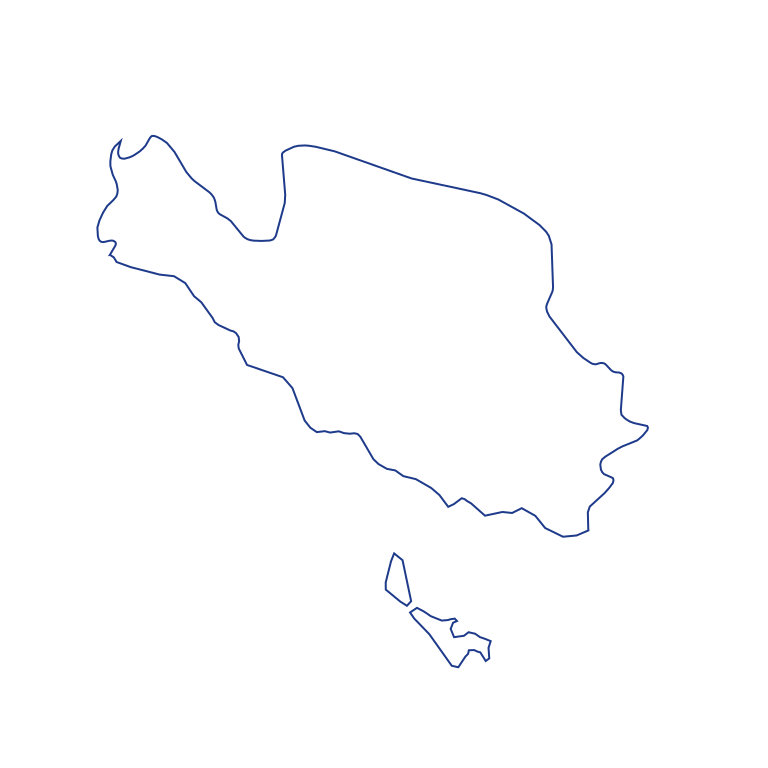 an SVG outline of Sfax, rotated 78°
{"feature_id": "TUN-114", "entity_name": "Sfax", "entity_type": "Governorate", "adm_level": 1, "iso_a3": "TUN", "parent_name": "Tunisia", "parent_adm1": "", "projection": "albers", "projection_center": [10.434, 34.714], "detail": "fine", "context": "isolated", "style": "outline", "palette": "blue", "viewbox_px": 768, "rotation_deg": 78, "n_neighbors": 0, "source": "natural_earth", "source_scale": "10m", "svg_char_len": 3301}
<svg xmlns="http://www.w3.org/2000/svg" viewBox="0 0 768 768"><g transform="rotate(78 384 384)"><path d="M569.7,214.5L572.2,227.2L570.6,240.7L558.4,256.3L544.4,263.4L534.1,275.1L536.8,285.5L533.8,294.8L533.8,312.6L518.9,323.6L515.7,327.1L513.4,329.1L511.9,331.7L516.0,340.6L517.5,346.7L504.1,352.9L495.5,359.5L483.7,372.6L478.1,384.3L470.9,390.9L467.6,398.8L461.2,406.0L455.3,410.0L430.7,418.1L427.4,420.2L426.0,423.3L425.5,427.9L423.7,433.4L420.9,438.0L420.3,446.8L417.8,451.8L417.1,459.7L411.5,465.1L403.3,469.2L369.0,474.4L356.4,481.4L336.9,514.0L319.1,518.7L315.4,518.4L312.0,516.8L307.9,516.4L303.5,518.1L301.2,520.3L299.8,523.1L291.9,533.6L288.4,536.7L283.6,538.0L266.1,545.7L258.7,551.5L244.0,557.4L234.9,567.0L230.3,580.8L217.0,607.5L209.1,620.2L203.9,622.0L200.7,625.2L200.7,625.3L192.8,618.0L191.6,617.3L190.6,617.1L189.2,617.3L187.6,619.0L187.0,620.8L186.8,622.9L186.9,628.1L186.7,629.7L186.0,631.2L184.6,632.4L182.6,633.0L179.7,633.1L171.3,631.8L164.8,628.3L158.0,623.2L152.3,617.7L147.8,610.5L144.9,606.8L142.2,605.2L138.9,604.1L132.7,603.9L129.5,604.3L123.0,605.8L114.8,606.3L113.2,606.2L108.7,605.2L102.5,603.0L99.0,601.1L95.8,598.0L91.5,590.9L98.7,594.7L101.7,595.8L103.2,596.1L104.7,596.1L106.2,595.8L107.8,595.2L109.0,593.4L109.7,590.9L109.4,586.1L108.9,583.3L108.2,580.8L105.7,574.6L103.7,571.1L101.3,567.7L95.2,562.3L93.9,560.9L93.1,559.3L93.6,557.2L95.0,554.7L98.5,550.5L103.1,546.2L113.4,540.7L135.5,533.3L142.8,529.5L146.2,527.1L160.1,515.0L162.5,513.4L165.4,512.0L167.1,511.5L170.5,511.1L178.8,511.4L180.5,511.1L182.4,510.4L184.0,509.1L189.5,502.7L192.9,499.9L210.5,490.8L212.0,489.6L213.4,488.1L214.5,486.6L215.6,484.5L216.7,481.6L218.6,474.0L219.9,466.0L219.8,464.2L219.5,462.3L217.7,460.0L216.1,458.7L186.4,443.5L178.5,441.3L138.8,436.2L137.5,435.7L136.5,434.6L135.9,433.2L135.2,431.6L133.2,422.6L133.2,418.1L134.2,411.8L135.3,408.0L137.8,401.4L146.2,383.8L188.7,314.3L217.4,250.1L220.4,244.5L227.3,233.8L246.4,211.7L260.9,198.8L268.7,193.8L273.2,192.0L282.3,191.1L324.3,198.5L327.3,199.4L329.1,200.4L339.3,207.7L342.3,209.3L344.5,209.5L347.3,209.4L352.4,208.1L392.9,188.8L400.0,183.6L406.2,177.6L407.5,176.0L408.2,174.5L408.6,173.5L408.8,172.5L408.5,169.5L408.5,167.8L408.8,166.1L409.5,164.6L410.6,163.3L417.4,159.2L419.0,157.9L420.0,156.4L420.8,154.8L421.6,151.8L422.4,150.4L423.4,149.2L424.8,148.6L426.4,148.3L458.9,157.8L463.5,158.1L467.1,155.9L468.8,154.5L470.4,152.9L471.9,151.2L474.2,147.6L479.8,135.3L481.5,134.9L483.8,136.0L488.2,141.5L490.4,145.3L491.8,148.1L494.6,163.9L496.0,168.9L501.0,182.4L502.9,186.1L505.0,187.9L507.8,189.2L512.9,189.6L515.8,188.8L517.9,187.5L522.5,181.1L523.8,179.6L525.8,179.5L528.4,180.7L532.5,185.4L536.5,190.8L546.7,208.2L551.9,211.3L569.2,214.5L569.7,214.5ZM662.1,356.4L665.4,357.8L667.6,361.1L676.5,370.2L673.7,376.3L638.1,391.7L619.7,403.2L612.9,406.0L609.8,398.3L614.8,392.3L620.9,386.4L627.4,376.7L628.2,370.5L627.9,367.7L628.2,363.6L631.0,361.9L631.9,366.1L637.4,369.7L646.2,368.1L646.9,358.1L644.4,352.9L647.2,346.8L651.5,342.8L654.4,338.0L657.7,333.1L663.8,336.6L674.3,338.1L676.1,342.1L666.5,345.6L665.2,348.2L663.0,351.1L662.1,356.4ZM551.8,409.3L555.4,406.4L560.2,402.5L602.1,402.6L605.7,407.7L600.2,413.3L585.5,425.0L578.5,423.6L571.1,420.0L558.9,414.0L551.8,409.3Z" fill="none" stroke="#1e3a8a" stroke-width="2"/></g></svg>